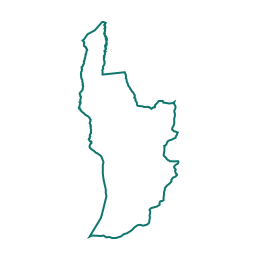 San Antonio, Jujuy, Argentina (Robinson projection), rotated 264°
{"feature_id": "61730980B57262290665163", "entity_name": "San Antonio", "entity_type": "district", "adm_level": 2, "iso_a3": "ARG", "parent_name": "Argentina", "parent_adm1": "Jujuy", "projection": "robinson", "projection_center": [-65.302, -24.356], "detail": "fine", "context": "isolated", "style": "outline", "palette": "teal", "viewbox_px": 256, "rotation_deg": 264, "n_neighbors": 0, "source": "geoboundaries", "source_scale": "gbopen_adm2", "svg_char_len": 5830}
<svg xmlns="http://www.w3.org/2000/svg" viewBox="0 0 256 256"><g transform="rotate(264 128 128)"><path d="M234.9,116.8L236.0,114.7L236.1,113.7L235.8,113.0L228.6,105.2L225.7,98.1L225.3,97.4L220.7,93.5L219.8,92.0L218.9,92.8L218.5,92.8L218.3,93.1L217.6,93.4L217.3,93.5L216.6,93.0L215.5,92.8L214.8,92.9L214.6,93.1L213.9,93.0L213.5,93.4L213.3,94.1L213.2,94.3L212.0,94.8L211.6,94.7L211.4,95.0L210.9,95.0L210.5,95.5L209.8,95.7L208.8,94.7L207.3,94.5L206.7,94.2L206.4,93.8L205.7,93.8L205.1,93.3L204.5,93.4L202.6,92.7L202.0,92.7L201.7,92.2L200.9,92.0L200.3,92.1L199.0,91.0L198.5,91.3L197.9,91.1L197.3,91.2L196.8,90.7L195.9,90.5L195.3,89.8L194.8,89.8L194.5,89.5L194.2,89.4L193.4,88.2L192.8,88.4L192.2,88.1L191.6,88.4L190.8,88.4L190.5,88.1L190.2,88.2L189.6,88.0L188.6,87.2L187.4,87.1L186.2,86.7L185.7,87.0L184.9,86.8L184.5,86.9L183.9,86.7L182.5,86.9L182.1,86.8L181.0,87.4L180.1,87.6L179.4,87.5L179.1,87.4L178.4,87.4L177.9,87.7L177.4,87.6L177.1,87.7L176.4,87.7L175.9,87.4L175.5,87.6L175.0,87.4L174.5,87.8L173.9,87.8L173.3,87.4L172.0,87.2L171.9,87.0L171.2,87.0L170.7,86.8L170.3,86.3L169.3,85.5L168.3,84.2L167.6,83.6L166.8,83.5L165.8,84.1L165.0,83.8L164.4,84.0L163.9,84.5L163.6,84.5L163.3,84.3L162.8,84.3L162.0,83.8L160.3,83.4L158.5,83.5L158.5,82.9L158.1,83.2L157.7,83.0L157.3,83.1L157.2,82.9L156.9,82.9L155.5,82.2L153.9,81.7L153.5,81.2L153.2,81.3L153.3,81.6L152.5,81.5L152.6,82.1L151.5,82.6L150.4,82.6L150.0,83.3L148.9,83.9L148.1,84.9L147.3,85.5L147.2,85.9L145.8,86.7L145.2,87.4L145.1,87.8L144.5,88.3L144.4,88.7L144.1,88.9L143.9,89.3L143.4,89.9L142.1,90.8L141.8,90.8L141.4,91.2L140.8,91.2L140.1,91.7L139.7,91.5L139.3,91.5L138.9,91.2L138.6,91.3L138.0,90.8L136.4,90.4L136.0,90.7L134.6,91.3L133.8,90.7L133.5,90.8L133.0,91.2L132.0,90.8L129.3,91.1L128.3,90.6L127.9,90.8L126.7,90.7L126.2,90.0L125.1,89.3L124.6,89.2L123.8,89.6L123.3,89.4L122.9,88.9L121.9,89.0L121.3,88.0L120.8,87.7L120.1,88.2L119.0,88.6L118.6,89.0L118.4,90.1L118.1,90.2L117.6,89.9L116.9,90.1L116.7,90.0L116.5,89.4L115.5,88.5L113.8,87.8L112.1,88.1L109.6,90.6L108.7,91.9L106.7,93.5L106.3,94.5L103.2,98.0L102.3,98.5L97.1,100.0L96.3,100.0L93.9,99.1L85.4,98.2L79.8,98.3L72.8,99.0L70.5,99.4L68.1,99.4L65.9,99.1L62.4,99.4L49.3,94.7L41.4,91.7L24.0,78.5L24.5,79.8L24.7,81.1L24.7,82.2L24.2,84.5L24.1,85.9L23.4,89.5L23.6,92.5L21.5,95.0L21.6,97.7L21.4,98.6L20.3,100.4L20.0,102.7L19.9,105.0L20.5,107.1L20.6,108.3L20.9,109.6L21.3,110.5L22.7,112.3L23.4,115.9L25.5,120.3L26.8,122.2L28.1,123.4L29.9,126.5L30.4,128.0L30.4,130.2L29.5,132.1L29.4,132.8L29.4,134.2L29.8,135.5L29.8,136.5L30.4,137.7L31.6,139.1L34.0,139.7L37.0,140.4L38.8,140.3L41.9,141.3L43.0,141.3L43.8,140.9L44.6,140.9L45.9,142.6L47.0,149.0L47.6,149.8L48.0,151.2L48.7,151.5L49.6,151.4L50.6,151.7L51.7,152.4L51.8,152.9L51.9,154.7L52.6,155.9L55.8,156.2L58.2,157.0L59.1,156.9L60.7,157.2L62.9,158.3L64.1,158.3L65.0,158.9L65.4,159.6L66.5,160.4L68.3,163.4L70.3,165.6L71.6,165.6L73.7,167.3L74.1,167.9L74.4,169.3L74.7,170.2L76.2,171.8L76.9,171.8L77.5,170.9L80.0,170.4L80.7,170.4L81.5,171.1L82.0,171.0L83.5,170.0L84.2,169.7L84.6,169.8L85.6,170.6L86.5,171.9L87.2,173.5L87.9,174.2L88.9,174.5L89.4,174.6L89.8,174.2L89.9,171.1L90.6,166.1L91.2,165.7L91.8,164.5L93.4,163.1L94.0,163.0L94.5,162.4L95.4,162.0L96.1,161.0L97.3,160.7L98.3,160.8L101.4,161.8L104.7,162.1L105.3,162.5L106.5,162.2L106.8,163.4L107.7,164.5L109.1,165.1L110.5,166.1L110.9,166.6L111.2,167.3L111.7,169.7L112.9,173.0L113.0,173.7L113.4,174.4L115.1,174.9L115.8,175.8L117.5,176.4L118.3,177.0L119.7,174.3L120.0,173.3L120.8,172.8L121.2,172.1L121.9,171.8L122.6,171.8L124.0,172.4L125.6,173.6L127.7,174.5L132.5,174.9L134.7,175.8L136.7,176.1L138.0,176.1L139.2,175.7L140.3,175.9L142.9,177.3L144.1,177.5L145.1,177.3L147.1,176.4L148.1,176.4L149.0,176.8L148.1,175.2L148.1,171.3L149.3,167.2L149.5,165.9L149.8,165.7L150.9,165.6L151.3,165.3L151.6,161.4L151.5,161.2L150.2,160.1L147.9,157.3L146.3,157.2L145.8,156.9L145.7,156.3L146.0,156.0L146.0,155.5L145.0,154.0L145.0,153.5L144.7,153.1L144.9,152.7L146.8,151.0L146.7,150.1L147.0,149.3L147.2,146.0L147.5,145.7L148.1,144.5L149.0,140.2L149.2,139.8L150.1,139.4L152.3,139.4L153.2,139.1L153.5,138.8L154.9,138.2L155.5,138.5L156.6,138.3L157.5,137.7L157.6,137.4L157.9,137.5L158.2,137.9L159.0,138.1L159.5,138.2L160.4,138.0L160.7,137.6L161.4,137.4L161.8,137.2L162.7,137.0L163.3,136.5L163.8,135.8L165.3,135.3L166.2,134.5L166.9,134.5L167.4,134.1L168.0,134.0L170.2,132.6L171.3,132.7L172.6,132.1L173.2,132.1L173.7,131.8L174.5,131.6L175.4,131.7L177.1,131.5L177.8,131.0L179.5,131.5L180.3,131.3L181.0,131.4L181.9,131.2L182.2,130.9L183.5,130.7L183.8,130.6L183.8,108.3L186.7,108.6L188.1,108.5L188.5,108.7L189.5,109.6L190.5,109.4L191.1,109.4L192.5,110.1L193.4,111.0L194.5,111.4L195.3,111.3L195.4,111.5L196.0,111.7L196.8,111.6L197.1,111.4L197.6,111.5L198.0,111.2L198.8,111.2L199.7,111.4L200.0,111.3L200.4,111.8L200.8,111.5L201.1,111.6L201.5,111.9L201.9,111.8L201.8,111.5L202.1,111.5L202.6,111.9L202.9,112.4L204.1,112.8L204.5,112.9L205.2,112.7L205.8,112.7L206.2,113.4L206.4,113.0L206.9,112.8L206.9,113.0L207.3,113.4L208.3,113.6L208.6,113.8L208.7,114.3L209.2,114.4L209.4,114.3L209.2,114.1L209.4,114.0L210.4,114.1L210.7,114.4L211.0,113.8L211.3,113.7L212.0,114.1L212.2,113.8L212.5,114.0L212.6,114.8L213.1,114.5L213.8,115.6L214.2,115.2L214.6,115.2L215.0,115.6L215.6,115.4L216.0,115.7L216.7,115.6L217.3,115.8L217.6,115.6L217.7,115.9L218.0,115.6L218.7,116.2L218.9,116.1L218.9,115.8L219.5,116.2L220.0,115.6L219.8,115.4L219.9,115.2L220.4,115.2L221.1,115.6L221.2,115.2L221.7,114.9L222.0,115.0L222.2,114.6L223.3,114.7L223.7,114.3L224.3,114.7L224.6,114.4L224.9,114.8L225.6,114.5L226.9,115.4L227.6,115.4L227.9,115.2L229.1,115.5L229.3,115.2L229.8,115.8L230.4,115.5L230.8,115.6L231.0,115.9L231.3,115.6L231.8,115.7L232.0,115.4L232.5,115.2L232.6,115.7L233.1,115.7L233.3,115.4L233.6,115.6L233.7,116.0L234.5,116.0L234.4,116.5L234.9,116.8Z" fill="none" stroke="#0f766e" stroke-width="2"/></g></svg>